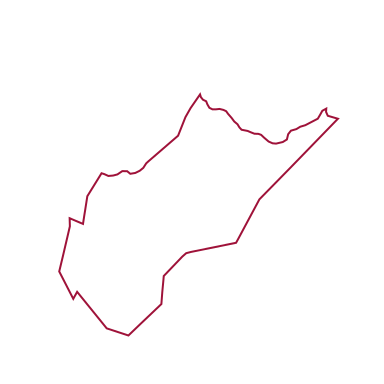 Anísio de Abreu, Piauí, Brazil, rotated 231°
{"feature_id": "56859067B66388325909617", "entity_name": "Anísio de Abreu", "entity_type": "district", "adm_level": 2, "iso_a3": "BRA", "parent_name": "Brazil", "parent_adm1": "Piauí", "projection": "orthographic", "projection_center": [-43.027, -9.241], "detail": "fine", "context": "isolated", "style": "outline", "palette": "rose", "viewbox_px": 384, "rotation_deg": 231, "n_neighbors": 0, "source": "geoboundaries", "source_scale": "gbopen_adm2", "svg_char_len": 1157}
<svg xmlns="http://www.w3.org/2000/svg" viewBox="0 0 384 384"><g transform="rotate(231 192 192)"><path d="M248.6,80.4L242.2,75.5L236.9,68.7L223.7,51.7L213.8,38.8L183.7,32.5L186.7,39.9L170.3,39.9L139.7,39.9L128.7,47.0L120.5,52.3L121.9,68.8L124.2,97.7L133.0,106.0L142.0,114.8L144.5,117.2L147.9,143.8L148.1,149.0L146.0,153.6L124.8,194.3L126.8,199.2L143.9,239.8L148.9,283.3L157.1,351.5L165.8,345.5L169.9,346.6L172.3,348.8L173.1,344.4L171.4,340.2L169.8,335.9L172.6,322.1L174.6,317.2L175.2,312.7L177.4,307.5L176.4,303.1L173.1,298.8L173.7,294.0L176.7,287.8L179.1,285.3L183.0,283.3L189.0,282.2L192.9,281.7L195.4,280.2L198.0,277.2L201.9,275.0L204.4,273.7L209.2,269.7L212.4,269.5L216.0,270.0L220.2,269.2L224.6,269.4L230.1,269.2L233.3,269.4L236.0,268.1L239.2,265.7L241.4,262.3L243.4,259.9L246.5,258.5L250.4,259.1L253.6,260.1L256.8,258.6L260.1,258.6L262.8,259.7L258.1,243.7L254.3,234.0L244.5,216.6L243.3,177.8L243.1,174.5L241.4,169.3L241.4,164.7L242.5,159.9L245.0,155.5L249.0,154.7L252.1,150.9L252.6,145.1L254.4,141.1L257.1,137.1L261.1,135.1L263.5,133.5L254.6,108.0L245.1,97.5L241.7,93.7L235.8,87.2L248.6,80.4Z" fill="none" stroke="#9f1239" stroke-width="2"/></g></svg>